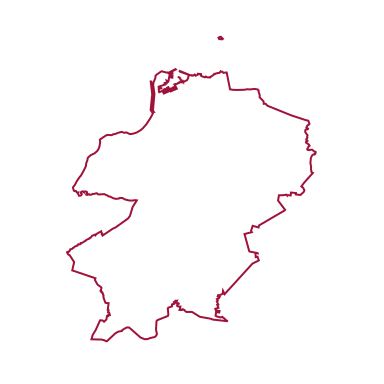 Veracruz, Veracruz, Mexico, rotated 276°
{"feature_id": "50627088B35395028449016", "entity_name": "Veracruz", "entity_type": "district", "adm_level": 2, "iso_a3": "MEX", "parent_name": "Mexico", "parent_adm1": "Veracruz", "projection": "robinson", "projection_center": [-96.213, 19.184], "detail": "fine", "context": "isolated", "style": "outline", "palette": "rose", "viewbox_px": 384, "rotation_deg": 276, "n_neighbors": 0, "source": "geoboundaries", "source_scale": "gbopen_adm2", "svg_char_len": 5959}
<svg xmlns="http://www.w3.org/2000/svg" viewBox="0 0 384 384"><g transform="rotate(276 192 192)"><path d="M35.0,107.4L35.8,117.5L35.4,120.2L34.6,122.3L34.8,123.1L43.3,130.4L45.4,133.2L46.3,136.4L46.6,136.9L47.2,136.9L48.9,139.0L50.2,140.9L50.6,141.9L50.6,143.7L49.6,145.2L41.9,156.0L40.7,160.2L41.0,163.0L42.3,165.5L43.9,170.1L45.1,171.2L47.0,172.0L51.2,170.6L59.9,170.2L60.9,170.9L66.2,181.0L67.6,181.3L73.7,180.1L74.5,180.6L76.2,184.1L77.9,183.8L78.4,184.1L78.6,185.5L79.1,186.2L79.8,186.3L80.6,185.5L82.3,187.3L82.0,187.9L82.2,188.4L81.5,188.2L81.1,187.4L80.3,187.5L79.9,188.8L79.9,190.2L79.5,190.5L78.6,189.3L78.0,189.0L77.2,189.1L76.7,190.3L76.8,192.4L75.7,192.1L74.4,192.9L74.4,192.3L73.4,191.9L73.3,192.4L73.7,194.6L74.4,195.0L74.4,195.5L73.7,196.9L73.4,197.0L72.1,198.9L72.7,204.6L68.7,212.9L67.9,224.2L67.3,225.8L67.2,241.1L68.5,238.5L69.6,237.5L70.0,236.4L71.1,235.2L70.2,233.5L70.9,229.3L71.4,228.4L75.0,228.5L75.0,231.7L76.6,231.8L76.6,228.2L78.3,227.4L79.6,230.4L82.4,228.9L82.8,229.9L85.8,228.1L86.6,229.0L88.1,228.0L88.7,229.2L89.3,229.3L89.2,229.9L90.6,230.5L91.0,228.5L92.2,228.8L92.1,229.9L93.9,233.2L96.9,233.2L93.8,235.1L127.1,259.6L130.9,265.6L134.5,263.9L133.9,262.2L138.1,261.4L137.9,263.7L138.1,263.6L138.8,255.6L139.1,255.1L155.7,248.6L158.3,255.7L159.5,254.8L164.7,255.9L163.7,261.9L165.8,262.2L183.4,286.1L183.9,286.5L192.5,278.5L197.8,278.8L198.3,282.8L199.2,286.2L198.7,286.7L198.9,286.7L198.9,290.5L201.8,290.5L201.8,295.5L200.4,295.5L200.4,300.2L203.9,303.2L205.5,303.6L207.9,302.0L209.0,300.2L212.9,302.5L223.6,310.2L224.2,308.8L226.5,308.1L230.0,307.7L233.2,306.7L238.2,306.7L240.8,307.5L242.2,309.0L242.1,309.9L242.8,310.6L243.3,310.3L244.4,310.9L244.9,310.7L245.2,309.2L246.6,307.1L246.5,305.7L245.9,304.4L246.0,302.6L246.3,302.2L247.2,302.2L248.2,303.0L249.3,303.0L250.3,304.1L251.4,303.3L253.1,300.2L254.3,300.3L254.7,301.5L255.0,301.5L256.4,300.1L257.9,301.1L259.3,300.7L260.4,301.0L263.4,298.4L264.5,298.2L265.8,298.4L266.2,298.8L266.4,300.5L266.7,300.7L267.1,300.8L268.2,299.1L270.3,299.8L270.9,300.9L272.0,301.7L275.1,300.2L275.3,298.0L278.6,282.7L285.3,259.3L285.7,258.0L287.4,256.0L287.5,255.3L287.2,254.2L289.7,253.6L293.2,249.4L295.8,249.1L298.7,247.7L299.9,247.7L300.8,246.7L301.1,243.7L300.0,238.5L300.0,236.2L299.2,233.6L298.2,226.3L297.9,222.2L298.1,219.1L314.5,214.0L313.8,210.7L314.8,209.6L314.6,208.4L315.0,207.8L313.4,207.0L312.5,203.6L311.7,202.5L311.8,201.8L311.1,201.5L308.0,198.1L308.3,197.9L308.1,197.5L307.8,197.6L307.6,195.8L307.8,194.4L308.2,194.0L308.9,194.3L307.4,192.9L308.1,189.7L308.8,188.5L310.1,188.8L310.2,189.6L310.2,185.5L309.3,185.5L308.0,183.3L309.1,182.4L307.8,180.7L308.1,179.7L307.8,179.6L307.9,178.2L311.1,167.2L310.7,167.1L310.4,167.5L308.3,176.3L306.1,176.4L304.1,176.0L302.6,175.2L300.7,172.2L301.0,171.9L300.6,171.9L301.3,171.3L301.2,171.1L300.5,171.7L300.0,170.9L304.5,167.8L305.1,165.8L304.4,167.7L300.6,170.3L299.0,167.4L299.4,167.4L299.0,166.9L298.9,167.2L297.2,164.3L297.5,164.1L298.0,164.8L297.4,163.7L297.2,164.2L296.8,163.6L293.1,166.1L292.3,164.7L294.6,163.2L294.4,162.8L292.1,164.3L291.2,162.7L293.2,161.3L292.8,160.5L290.7,161.8L289.8,160.3L293.8,157.5L293.1,156.4L289.8,158.6L289.0,157.3L291.7,155.5L291.5,155.2L288.9,157.0L288.4,156.2L291.5,154.1L291.1,153.5L290.7,153.7L290.4,153.3L287.8,155.1L287.0,153.7L289.5,152.0L287.8,149.0L288.2,148.7L291.4,148.1L291.8,150.7L292.1,150.6L291.7,148.1L293.2,147.8L296.0,153.9L297.1,153.3L297.5,153.3L297.7,153.9L296.7,154.7L298.8,156.4L299.2,155.4L300.1,155.1L299.5,156.4L299.8,156.5L299.7,157.0L302.4,157.2L302.5,157.6L302.5,157.2L303.9,157.4L303.6,160.5L303.9,160.5L304.2,157.3L305.7,157.6L305.5,160.4L305.8,160.4L306.0,157.8L306.2,157.5L306.8,157.7L307.5,156.5L308.0,160.2L308.4,160.1L307.7,156.5L307.9,156.5L312.2,163.1L312.5,162.7L308.3,156.5L308.2,153.5L308.9,149.3L308.2,148.2L305.1,144.6L303.6,143.5L301.7,143.7L296.6,142.2L294.0,142.3L285.5,144.4L270.1,144.6L268.8,144.7L267.7,145.6L267.6,144.2L269.2,142.8L285.1,142.7L297.6,140.0L297.6,139.4L285.1,142.2L269.2,142.3L266.0,144.9L260.9,142.8L254.7,139.6L250.2,136.4L248.2,134.5L245.7,131.3L244.5,128.9L243.4,125.9L243.1,124.1L244.4,120.5L243.8,118.8L244.4,115.6L243.1,112.2L241.7,109.6L241.0,107.2L240.1,106.3L240.0,102.1L239.3,100.6L234.5,94.9L231.7,95.5L227.7,95.2L225.1,94.6L222.9,93.5L220.3,91.1L218.1,87.5L215.9,85.4L214.8,84.7L213.1,84.7L209.4,83.8L206.7,83.8L201.7,82.0L196.3,79.6L195.7,79.0L191.2,76.5L187.1,74.9L184.1,73.1L181.0,74.3L180.6,75.1L180.9,76.4L179.6,77.4L179.7,78.9L178.8,78.5L176.4,80.1L176.8,81.7L177.4,82.3L178.3,82.6L179.0,82.3L179.4,81.6L180.0,81.5L180.7,82.0L181.3,83.5L180.3,84.8L181.1,85.0L181.4,86.0L181.4,86.8L180.8,87.7L179.7,87.7L178.9,87.0L178.3,87.1L178.1,87.9L179.1,89.7L178.6,90.1L178.7,92.0L179.8,93.5L179.8,94.8L180.8,97.1L180.6,97.8L180.0,98.4L179.8,99.5L180.7,104.9L179.6,108.5L178.9,109.4L178.9,111.0L177.6,114.3L177.2,116.8L177.8,119.9L178.6,120.9L178.7,123.6L177.6,126.0L177.0,130.4L177.2,133.3L178.0,136.6L177.9,138.0L170.8,134.5L161.7,132.8L159.0,131.2L148.7,119.6L147.2,117.0L139.3,107.6L140.4,106.8L140.8,107.4L142.2,106.2L143.4,105.8L140.3,101.4L138.9,100.5L139.5,100.1L139.4,99.9L138.0,97.2L136.3,96.3L135.6,95.0L135.1,95.0L133.3,91.9L132.0,91.0L131.8,90.3L129.9,88.0L129.6,86.7L129.0,86.8L128.2,86.1L128.2,84.5L127.6,83.8L126.8,83.8L125.3,80.9L124.0,79.9L123.8,79.3L123.0,78.9L122.2,76.9L121.9,77.0L121.0,76.7L119.7,75.7L119.9,75.4L119.0,74.0L117.1,75.2L116.2,77.1L110.0,82.1L101.5,81.1L96.1,105.0L94.4,104.6L90.1,107.7L87.6,111.8L86.7,112.0L85.7,111.7L84.4,111.8L83.5,112.6L83.5,111.9L82.4,112.9L81.9,113.8L79.8,114.8L79.7,114.6L77.3,115.2L73.1,117.3L72.7,117.6L72.7,120.7L66.0,120.5L65.9,121.3L65.3,121.3L63.8,121.2L63.7,120.2L63.4,122.2L61.1,123.1L61.0,121.6L59.8,121.7L59.8,120.4L56.3,120.2L53.8,118.1L54.9,116.5L54.8,114.0L44.8,110.7L39.5,108.2L35.0,107.4ZM347.6,206.7L349.4,204.4L348.9,203.1L348.1,202.2L346.9,203.1L347.1,205.0L346.9,205.9L347.6,206.7Z" fill="none" stroke="#9f1239" stroke-width="2"/></g></svg>